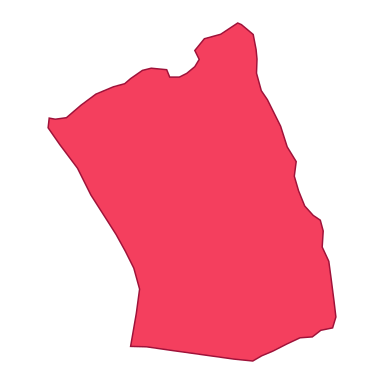 outline of Haparanda, Norrbotten, Sweden
{"feature_id": "70781695B66074520393344", "entity_name": "Haparanda", "entity_type": "district", "adm_level": 2, "iso_a3": "SWE", "parent_name": "Sweden", "parent_adm1": "Norrbotten", "projection": "mercator", "projection_center": [23.793, 65.969], "detail": "fine", "context": "isolated", "style": "filled", "palette": "rose", "viewbox_px": 384, "rotation_deg": 0, "n_neighbors": 0, "source": "geoboundaries", "source_scale": "gbopen_adm2", "svg_char_len": 867}
<svg xmlns="http://www.w3.org/2000/svg" viewBox="0 0 384 384"><path d="M49.2,118.1L48.1,127.8L59.8,144.6L77.5,168.2L90.9,195.0L108.6,222.7L116.1,234.5L125.4,251.3L133.8,268.1L139.6,289.1L136.3,313.5L130.6,346.4L146.5,346.8L172.9,350.6L233.9,359.1L252.8,361.0L261.7,355.8L273.1,351.0L286.8,344.0L300.0,337.8L312.3,336.9L320.8,330.3L332.6,327.9L335.9,317.0L334.0,301.0L331.2,279.2L328.8,261.3L322.2,247.1L323.2,231.0L320.3,220.2L313.2,215.4L304.7,206.0L298.6,190.9L294.3,176.2L296.2,161.6L287.2,146.9L280.6,126.2L267.4,99.7L261.3,90.7L256.5,73.2L257.0,59.1L256.1,49.6L253.2,34.5L241.4,24.6L237.7,23.0L220.6,34.3L204.4,38.7L194.8,50.5L199.2,59.4L194.8,66.7L186.7,73.4L179.3,77.1L169.7,77.1L166.7,69.7L151.2,68.2L142.4,70.4L130.6,78.6L124.7,83.7L113.6,86.7L95.9,94.1L81.1,105.1L66.4,117.7L55.3,119.2L49.2,118.1Z" fill="#f43f5e" stroke="#9f1239" stroke-width="1.5"/></svg>